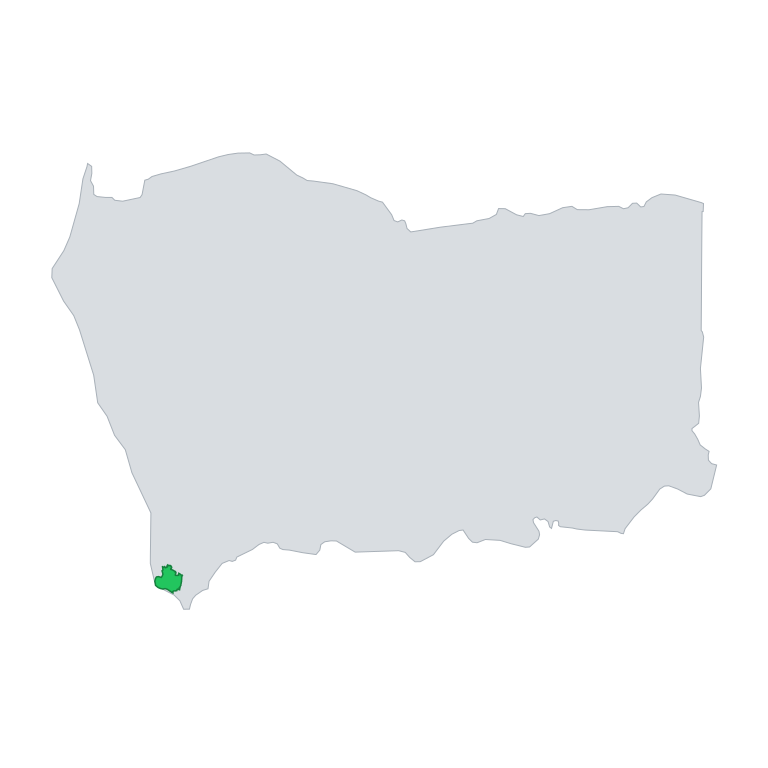 Keta Municipal, Volta, Ghana (highlighted), rotated 91°
{"feature_id": "2480657B20833842549797", "entity_name": "Keta Municipal", "entity_type": "district", "adm_level": 2, "iso_a3": "GHA", "parent_name": "Ghana", "parent_adm1": "Volta", "projection": "mercator", "projection_center": [0.862, 5.938], "detail": "fine", "context": "in_parent", "style": "filled", "palette": "green", "viewbox_px": 768, "rotation_deg": 91, "n_neighbors": 0, "source": "geoboundaries", "source_scale": "gbopen_adm2", "svg_char_len": 5669}
<svg xmlns="http://www.w3.org/2000/svg" viewBox="0 0 768 768"><g transform="rotate(91 384 384)"><path d="M483.1,55.4L489.7,61.7L491.1,65.4L488.7,79.0L483.9,88.5L480.8,97.5L481.2,101.9L484.2,106.4L494.2,113.4L499.4,118.0L505.5,124.9L512.5,131.6L524.4,140.4L529.5,142.0L529.2,144.4L527.6,147.8L526.5,180.4L525.6,188.9L524.7,193.1L523.6,205.3L522.3,207.0L520.1,206.9L518.0,207.4L517.5,209.8L518.3,212.3L525.5,214.0L524.0,215.9L518.6,217.6L516.1,221.2L517.2,225.4L514.3,228.8L515.1,231.0L517.0,232.7L520.0,232.1L528.5,226.5L532.0,225.8L536.4,227.0L544.4,235.6L544.8,239.8L541.5,254.1L538.3,265.2L537.7,279.9L541.1,288.2L540.6,292.8L536.9,296.7L528.6,302.4L529.2,306.3L533.0,313.5L540.1,321.6L553.8,331.6L561.0,344.6L561.2,349.9L557.0,355.2L552.0,359.8L550.4,366.4L552.6,409.9L541.8,428.8L541.7,434.2L542.8,440.5L545.6,444.3L551.2,445.3L555.7,449.0L554.1,462.2L551.7,475.7L551.3,482.2L550.0,485.3L545.7,487.9L544.2,492.1L545.2,497.4L544.4,501.3L546.7,506.3L551.7,512.6L559.6,528.1L562.7,529.3L564.0,532.6L563.2,535.8L566.2,542.7L575.1,549.5L584.3,555.5L591.8,556.4L593.6,561.8L598.5,568.6L602.1,571.6L607.8,573.6L612.5,574.6L612.7,580.4L604.3,584.3L598.6,590.3L594.2,599.4L588.2,609.3L567.5,614.5L559.5,614.6L517.0,614.8L477.1,634.5L454.2,641.5L440.0,652.5L421.1,660.3L407.8,669.9L380.3,674.4L335.1,689.4L321.0,695.4L306.7,705.8L283.5,718.0L274.4,717.8L256.2,706.4L242.5,700.7L209.0,691.9L184.1,688.6L172.0,684.8L168.7,684.2L171.5,680.1L178.5,679.8L185.8,681.0L191.3,677.9L199.5,677.5L201.6,674.2L202.3,666.0L202.2,659.3L205.0,656.4L205.8,648.5L201.8,631.1L198.9,629.2L184.4,626.7L183.3,623.2L180.6,619.6L177.8,610.6L174.7,597.3L169.6,580.8L159.8,553.5L157.3,543.9L155.7,534.0L155.3,522.3L157.3,517.9L157.0,511.8L156.1,505.8L163.0,491.9L176.6,474.9L179.4,468.7L181.9,464.4L182.3,458.3L184.7,438.5L191.2,414.4L195.2,405.4L198.0,400.5L201.3,392.5L202.2,388.7L214.6,379.3L220.4,376.8L221.7,373.1L219.7,369.0L220.5,366.2L223.5,364.9L228.1,363.7L231.5,359.9L226.2,330.2L222.0,300.6L221.7,298.1L219.2,294.0L216.7,281.8L212.5,274.6L206.6,272.5L206.6,265.8L212.5,254.4L214.1,247.7L211.2,245.7L210.8,240.5L212.9,232.1L211.9,226.9L210.8,221.4L204.6,208.4L203.1,199.2L206.3,193.8L206.2,182.0L202.8,163.9L202.3,152.4L204.6,147.6L203.5,143.0L199.0,138.7L198.7,134.5L202.5,130.4L202.0,127.2L197.3,124.9L193.0,119.3L189.2,110.4L190.0,96.2L197.1,69.9L198.0,67.7L206.0,67.9L206.1,69.0L231.1,68.8L259.7,68.5L293.9,68.1L325.0,67.8L326.4,66.6L331.5,65.2L362.9,67.9L382.5,66.5L390.9,67.4L396.9,69.2L410.5,68.1L417.8,68.7L423.2,75.3L425.4,75.2L428.5,72.5L433.9,69.3L439.4,66.8L443.3,61.7L445.7,57.8L449.3,58.6L454.5,58.3L457.9,55.1L459.2,50.0L483.1,55.4Z" fill="#d9dde1" stroke="#a8b0b8" stroke-width="1"/><path d="M579.3,582.4L579.2,582.6L578.8,582.6L578.6,582.6L578.6,583.3L578.5,583.6L577.8,584.3L577.3,585.0L576.9,585.8L577.3,585.8L577.7,586.1L578.1,586.1L578.5,586.0L578.9,586.0L578.9,586.7L579.0,587.2L579.0,587.4L579.0,588.5L579.0,589.1L578.8,589.3L578.2,589.3L576.3,588.7L575.9,589.0L575.8,589.5L575.7,589.5L575.4,589.4L575.1,589.3L574.9,589.9L574.9,590.0L574.0,591.4L573.3,593.1L573.1,593.5L573.1,594.0L572.6,594.0L572.6,593.9L572.4,593.8L572.2,593.7L571.9,593.5L571.9,593.4L571.7,593.3L571.6,593.2L571.4,593.2L571.2,593.1L571.0,593.3L570.9,593.3L570.7,593.4L570.5,593.5L570.4,593.4L570.3,593.5L570.1,593.6L570.0,593.8L569.9,593.7L569.7,593.8L569.5,594.1L569.4,594.1L569.3,594.3L569.3,594.5L569.1,594.8L569.1,595.0L569.2,595.3L569.3,595.4L569.3,595.5L569.3,595.8L569.3,596.0L569.2,596.1L568.9,597.0L568.7,597.1L568.8,597.2L568.8,597.3L569.0,597.4L569.2,597.5L569.3,597.5L569.5,597.6L569.9,597.6L570.0,597.6L569.9,597.4L570.0,597.3L570.3,597.3L570.5,597.4L570.5,597.5L570.4,597.5L570.2,597.7L570.2,597.8L570.3,597.8L570.5,597.8L570.8,598.1L571.0,597.9L571.1,598.0L571.1,598.3L570.9,598.3L571.0,598.5L571.3,598.7L571.4,598.8L571.5,599.0L571.5,599.3L571.4,599.3L571.2,599.4L571.1,599.5L570.9,599.6L570.8,599.8L570.9,600.1L571.0,600.2L571.0,600.3L571.0,600.5L570.9,600.5L571.0,600.6L571.0,600.8L570.9,601.0L571.0,601.2L571.1,601.3L571.1,601.5L571.0,601.8L570.8,601.9L569.9,602.4L572.8,601.9L573.8,601.8L574.7,602.7L576.5,602.1L578.1,601.7L580.1,602.5L581.3,603.3L580.7,605.4L580.5,606.1L580.9,608.1L582.2,608.9L585.2,609.7L587.0,609.2L589.3,608.9L589.5,608.6L589.7,608.4L589.8,608.3L590.1,608.0L590.3,607.7L590.6,607.3L590.9,607.0L591.0,606.9L591.2,606.5L591.4,606.2L591.5,606.1L591.8,605.4L591.9,605.2L592.0,604.9L592.1,604.6L592.2,604.4L592.3,604.1L592.4,603.9L592.5,603.4L592.6,603.1L592.6,602.8L592.6,602.7L592.7,602.4L592.7,602.2L592.8,601.8L592.8,601.7L592.8,601.3L592.8,601.1L592.7,601.0L592.7,600.8L592.7,600.7L592.4,599.5L592.4,599.3L592.4,599.2L592.5,599.0L592.5,598.9L592.5,598.7L592.6,598.4L592.7,598.2L592.8,597.9L592.8,597.7L592.9,597.4L593.1,597.1L593.2,596.9L593.3,596.7L593.5,596.4L593.6,596.2L593.8,595.8L593.9,595.7L594.0,595.5L594.1,595.4L594.2,595.2L594.3,595.1L594.5,594.9L594.6,594.7L595.0,594.1L595.0,593.9L595.2,593.7L595.4,593.5L595.7,593.0L595.9,592.8L596.0,592.6L596.2,592.3L596.4,591.8L596.6,591.4L595.7,591.4L595.7,591.5L595.4,591.8L595.0,591.3L594.5,590.4L594.5,589.1L594.5,588.9L594.4,588.8L594.4,588.7L594.3,588.4L594.3,588.2L594.3,587.9L594.2,587.5L593.0,587.3L592.9,587.0L592.6,586.4L592.8,586.2L593.0,585.8L593.1,585.7L593.2,585.4L593.3,585.1L593.3,584.8L591.9,584.7L591.8,584.8L591.8,584.7L591.7,584.7L591.0,584.7L591.0,584.4L590.8,584.4L590.4,584.4L590.2,584.3L589.6,584.0L589.0,583.7L588.9,583.6L588.0,583.6L587.2,583.4L586.1,583.2L585.7,583.2L585.4,583.1L585.2,583.0L584.0,583.0L583.1,582.9L582.0,582.9L581.2,582.8L580.8,582.9L580.3,583.1L579.7,582.6L579.4,582.5L579.3,582.4L579.3,582.4Z" fill="#22c55e" stroke="#15803d" stroke-width="1.5"/></g></svg>